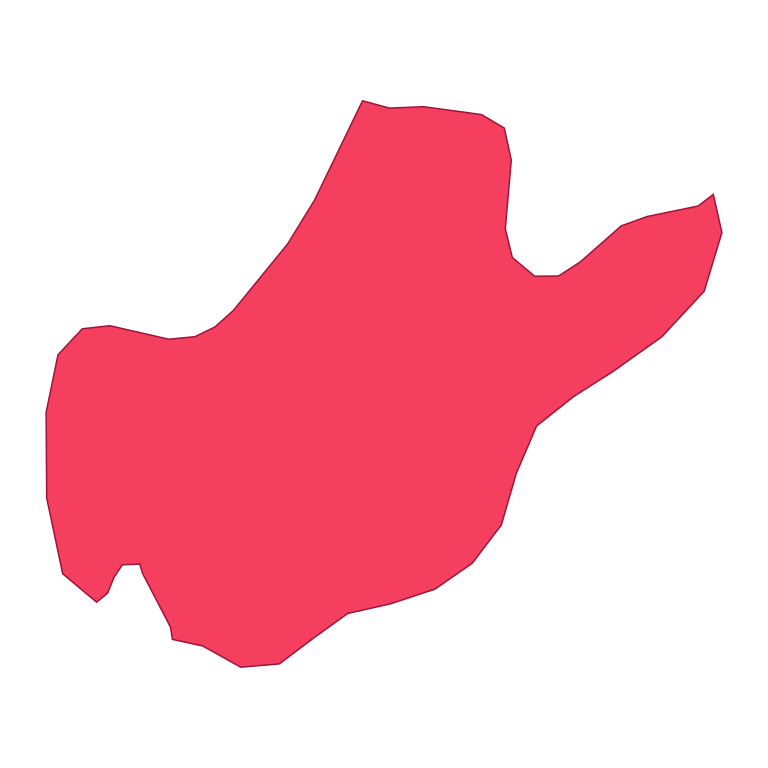 the border of Balakən
{"feature_id": "AZE-1723", "entity_name": "Balakən", "entity_type": "District", "adm_level": 1, "iso_a3": "AZE", "parent_name": "Azerbaijan", "parent_adm1": "", "projection": "mercator", "projection_center": [46.43, 41.723], "detail": "fine", "context": "isolated", "style": "filled", "palette": "rose", "viewbox_px": 768, "rotation_deg": 0, "n_neighbors": 0, "source": "natural_earth", "source_scale": "10m", "svg_char_len": 750}
<svg xmlns="http://www.w3.org/2000/svg" viewBox="0 0 768 768"><path d="M362.5,100.8L389.5,108.1L423.5,106.7L481.6,114.6L504.3,128.1L511.3,160.1L505.3,228.7L512.3,257.5L534.6,276.2L558.5,276.0L580.4,261.8L621.3,225.8L647.2,216.5L698.1,206.0L713.3,194.4L721.9,232.6L704.2,291.2L661.7,336.9L612.8,371.6L573.6,396.6L536.6,426.0L516.3,473.3L501.3,525.0L472.2,563.3L435.0,589.1L390.9,603.7L347.6,613.5L313.8,637.9L279.3,663.9L240.7,667.2L202.7,646.0L172.4,639.4L170.5,627.2L142.6,573.5L139.7,564.1L122.3,564.8L113.9,577.5L107.7,593.0L96.6,602.2L62.7,573.8L46.7,498.0L46.1,412.5L58.0,354.7L82.3,328.8L109.8,325.7L168.7,339.2L194.9,336.7L215.0,326.9L233.4,310.4L287.5,244.1L314.5,200.2L362.5,100.8Z" fill="#f43f5e" stroke="#9f1239" stroke-width="1.5"/></svg>